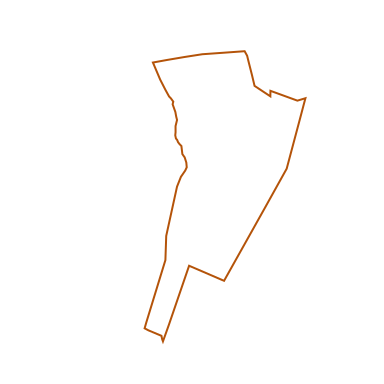 outline of São Braz do Piauí, Piauí, Brazil, rotated 200°
{"feature_id": "56859067B60100014929673", "entity_name": "São Braz do Piauí", "entity_type": "district", "adm_level": 2, "iso_a3": "BRA", "parent_name": "Brazil", "parent_adm1": "Piauí", "projection": "natural_earth1", "projection_center": [-42.969, -8.916], "detail": "fine", "context": "isolated", "style": "outline", "palette": "amber", "viewbox_px": 384, "rotation_deg": 200, "n_neighbors": 0, "source": "geoboundaries", "source_scale": "gbopen_adm2", "svg_char_len": 855}
<svg xmlns="http://www.w3.org/2000/svg" viewBox="0 0 384 384"><g transform="rotate(200 192 192)"><path d="M190.7,342.3L209.0,334.1L224.9,327.0L229.4,325.0L245.2,316.3L260.5,307.6L273.0,300.3L260.3,286.7L251.9,278.9L246.2,273.9L243.9,272.8L240.5,270.5L240.2,267.8L235.0,261.5L232.6,257.4L230.7,254.6L230.4,251.9L230.0,248.3L227.9,242.6L227.1,239.5L225.4,236.8L223.7,235.8L222.2,234.1L220.2,232.8L217.7,231.6L214.0,224.3L210.7,222.0L207.4,217.7L205.4,213.4L205.7,209.8L207.6,202.5L207.9,191.9L203.6,159.8L201.2,141.9L193.7,118.9L190.3,53.3L189.9,47.7L185.7,47.1L171.5,46.4L169.8,43.6L168.2,41.7L168.3,59.3L169.5,121.7L131.5,119.5L118.3,200.6L111.0,246.3L114.5,285.7L115.4,295.9L117.5,318.9L124.2,313.9L142.9,313.9L152.9,313.9L151.1,308.7L169.5,313.1L175.5,322.2L183.6,334.1L186.8,338.9L190.7,342.3Z" fill="none" stroke="#b45309" stroke-width="2"/></g></svg>